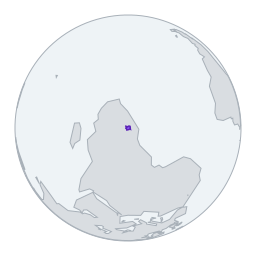 Oshikoto on an orthographic globe, rotated 167°
{"feature_id": "NAM-3355", "entity_name": "Oshikoto", "entity_type": "Region", "adm_level": 1, "iso_a3": "NAM", "parent_name": "Namibia", "parent_adm1": "", "projection": "orthographic", "projection_center": [17.144, -18.609], "detail": "fine", "context": "on_globe", "style": "filled", "palette": "violet", "viewbox_px": 256, "rotation_deg": 167, "n_neighbors": 0, "source": "natural_earth", "source_scale": "10m", "svg_char_len": 4908}
<svg xmlns="http://www.w3.org/2000/svg" viewBox="0 0 256 256"><g transform="rotate(167 128 128)"><circle cx="128" cy="128" r="113" fill="#eef3f6" stroke="#a8b0b8"/><path d="M17.8,104.7L17.6,105.6L19.3,101.4L18.9,103.1L20.2,107.2L23.5,107.0L24.3,110.8L23.7,114.0L25.3,113.7L25.3,115.5L33.5,113.9L39.2,116.3L40.0,123.0L37.2,132.4L39.3,150.3L35.5,159.0L37.7,166.4L40.1,178.6L37.5,180.1L41.4,184.1L42.6,188.2L41.7,189.8L44.3,193.3L43.8,194.5L46.2,195.9L49.5,201.8L53.4,204.6L56.9,209.2L59.4,210.7L59.2,211.2L60.1,212.4L61.6,213.5L59.1,213.2L53.7,209.3L51.1,206.5L50.8,206.8L44.8,199.9L45.9,201.8L38.2,192.8L32.9,184.5L22.1,162.5L20.5,159.0L19.2,156.9L18.4,154.2L16.8,146.0L15.8,137.8L15.4,129.5L15.6,121.2L16.4,112.9L17.8,104.7ZM64.6,214.4L60.0,213.8L61.9,213.8L59.8,211.2L63.5,212.3L64.6,214.4ZM59.9,207.5L59.5,205.5L60.4,205.8L60.9,207.2L59.9,207.5ZM135.5,15.6L145.5,16.8L144.6,16.9L140.3,16.3L144.9,17.3L144.2,16.9L146.5,17.3L147.0,17.1L148.6,17.4L146.2,16.9L148.3,17.2L149.8,17.6L151.2,17.8L159.1,19.8L166.9,22.3L174.4,25.4L181.7,29.0L188.7,33.1L195.4,37.8L201.8,42.9L207.7,48.4L213.3,54.4L218.4,60.8L223.0,67.5L227.1,74.5L230.7,81.8L233.8,89.3L236.3,97.1L238.3,105.0L236.7,99.0L238.1,106.0L239.8,115.1L240.5,123.8L239.9,119.3L239.1,111.6L238.3,108.1L237.2,101.7L234.1,91.0L233.5,90.8L232.3,87.1L228.0,77.7L226.4,77.4L224.7,83.2L226.5,92.6L225.0,95.6L218.2,79.5L214.4,70.2L212.4,69.9L205.0,61.0L193.6,56.9L191.6,54.6L189.5,54.9L184.2,51.9L181.0,48.3L178.0,47.9L186.5,57.5L189.7,58.1L191.8,55.6L193.6,59.0L198.6,63.0L194.4,69.4L176.8,73.2L174.4,66.1L157.9,47.5L158.0,45.8L157.9,45.6L157.7,45.3L156.8,48.0L153.7,44.8L163.2,56.6L165.1,62.0L176.5,73.6L175.6,74.5L179.1,77.3L189.6,76.6L189.7,79.0L185.2,89.3L170.2,103.5L171.8,115.5L170.2,125.8L160.1,131.9L160.3,140.5L155.0,143.1L154.2,148.1L149.5,153.2L142.0,158.1L130.0,158.2L129.8,153.4L124.6,144.6L117.7,124.4L121.3,115.2L120.4,108.4L111.7,94.5L113.6,86.7L111.1,83.7L106.1,84.9L103.2,81.5L100.1,81.8L80.3,87.4L74.0,84.0L65.9,72.3L69.2,66.3L69.4,60.6L92.2,38.8L97.5,38.8L116.1,34.9L118.5,35.3L116.9,39.0L131.3,43.2L135.3,40.0L147.7,43.0L155.6,43.5L157.4,37.0L144.5,35.9L141.6,32.7L151.6,30.9L162.8,32.7L162.1,31.6L154.5,28.3L156.6,27.0L151.8,27.2L154.1,28.4L151.2,28.8L148.9,27.7L149.7,27.2L146.2,26.4L143.2,29.8L145.2,31.3L136.2,31.7L138.7,34.5L136.4,35.8L131.4,31.6L131.5,30.2L122.5,26.5L121.6,28.0L130.0,31.7L127.6,31.4L126.4,34.0L125.4,31.8L116.4,27.9L108.0,29.6L98.2,37.0L93.1,38.5L88.4,38.1L91.2,31.7L102.3,29.3L103.4,27.5L100.5,25.8L104.1,25.4L104.2,24.6L108.3,23.9L113.4,21.6L117.5,21.1L118.9,19.1L121.1,18.7L119.7,19.9L120.8,20.6L130.9,20.3L132.6,19.9L132.7,18.8L135.4,19.0L134.2,18.0L139.7,18.0L132.0,17.4L131.9,16.6L134.8,16.2L133.4,16.0L128.6,16.6L128.0,17.1L129.6,17.6L126.6,19.4L123.3,19.8L121.2,17.9L116.3,18.5L116.9,17.3L129.4,15.4L134.6,15.6L135.5,15.6ZM85.0,48.2L84.6,49.8L85.0,48.2ZM175.4,38.7L181.7,40.5L177.8,36.1L179.9,36.5L177.8,35.0L177.5,35.8L172.1,31.9L174.5,31.7L173.2,30.2L171.0,29.6L167.5,30.8L175.1,36.1L174.1,37.3L175.4,38.7ZM19.4,101.2L19.5,102.0L19.1,102.6L19.4,101.2ZM21.8,90.5L21.9,90.3L21.6,91.2L21.8,90.5ZM101.1,21.7L102.7,21.8L101.4,22.8L96.3,24.3L98.0,22.9L101.1,21.7ZM105.3,21.8L104.6,20.0L107.8,19.3L106.1,19.9L108.3,19.6L106.2,20.7L109.8,22.1L108.9,23.1L99.9,24.8L103.3,23.6L101.6,23.4L105.3,21.8ZM97.4,19.6L97.2,19.7L104.4,17.9L103.8,18.2L98.6,19.5L96.3,20.0L97.4,19.6ZM120.9,33.9L122.7,34.0L125.5,33.7L124.8,35.5L120.9,33.9ZM114.7,31.2L116.3,30.9L116.6,32.9L114.8,33.0L114.7,31.2ZM116.9,29.1L116.4,30.7L115.5,29.9L116.9,29.1ZM121.1,19.6L122.8,19.4L123.1,19.7L122.3,20.1L121.1,19.6ZM155.4,37.9L153.3,39.0L152.0,38.2L153.0,38.0L155.4,37.9ZM138.4,36.7L142.5,37.7L138.2,37.2L138.4,36.7ZM186.5,193.4L186.3,195.5L185.0,195.1L186.5,193.4ZM187.7,127.1L179.0,144.8L174.2,144.0L173.9,138.2L177.6,127.1L183.4,124.9L186.5,120.5L187.7,127.1ZM239.4,144.3L239.6,143.1L239.8,139.6L240.0,138.3L239.9,141.0L239.4,144.3ZM240.0,138.1L239.9,129.6L237.7,110.5L238.6,112.2L240.5,125.7L240.4,127.0L240.5,133.1L240.0,138.1ZM226.9,93.7L229.0,100.6L228.0,100.8L226.9,93.7ZM218.3,195.4L218.5,194.9L220.3,192.1L222.2,189.5L228.5,178.5L228.2,179.3L231.4,172.6L231.5,172.6L227.7,180.5L223.3,188.1L218.3,195.4Z" fill="#d9dde1" stroke="#a8b0b8" stroke-width="1"/><path d="M127.2,129.7L126.9,129.6L126.5,129.6L126.2,129.5L125.8,129.4L125.7,129.3L125.7,129.2L125.8,129.1L125.7,129.0L125.7,128.9L125.6,128.7L125.6,128.4L125.8,128.2L125.8,127.9L125.8,127.7L125.8,127.4L125.9,127.2L125.9,126.9L125.9,126.2L126.4,126.6L126.6,126.6L127.3,126.3L129.6,126.3L129.6,128.3L130.0,128.3L129.9,128.5L129.8,128.8L129.7,128.8L129.6,129.0L129.6,129.3L129.4,129.4L129.4,129.5L129.5,129.7L129.4,129.7L129.4,129.8L129.3,129.7L129.2,129.7L129.1,129.8L129.0,129.7L128.9,129.7L128.7,129.6L128.5,129.4L128.5,129.2L128.4,129.2L128.4,129.3L128.4,129.2L128.2,129.1L127.9,129.2L127.7,129.4L127.2,129.7L127.2,129.7Z" fill="#8b5cf6" stroke="#5b21b6" stroke-width="1.5"/></g></svg>